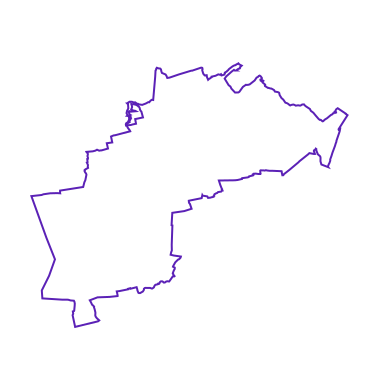 Dobroteasa, Olt, Romania, rotated 356°
{"feature_id": "2599482B45493772728247", "entity_name": "Dobroteasa", "entity_type": "district", "adm_level": 2, "iso_a3": "ROU", "parent_name": "Romania", "parent_adm1": "Olt", "projection": "mercator", "projection_center": [24.342, 44.767], "detail": "fine", "context": "isolated", "style": "outline", "palette": "violet", "viewbox_px": 384, "rotation_deg": 356, "n_neighbors": 0, "source": "geoboundaries", "source_scale": "gbopen_adm2", "svg_char_len": 5928}
<svg xmlns="http://www.w3.org/2000/svg" viewBox="0 0 384 384"><g transform="rotate(356 192 192)"><path d="M35.3,287.7L55.4,290.4L60.1,290.7L61.2,290.9L63.3,291.7L66.6,292.2L67.1,293.4L67.2,294.5L67.3,295.0L67.0,297.4L66.2,302.2L66.0,302.5L64.8,302.8L65.0,305.2L64.3,306.5L66.0,318.4L88.4,314.6L89.4,314.4L90.5,313.6L88.3,311.3L87.2,309.6L86.9,308.3L87.2,306.0L87.2,305.3L86.7,302.2L86.1,299.8L86.3,299.5L85.6,298.5L84.5,297.5L83.4,294.7L82.6,293.1L82.5,292.9L90.4,290.5L102.4,290.9L110.5,290.6L110.6,289.9L110.0,285.9L112.5,285.8L121.6,284.6L121.5,284.1L124.5,283.5L123.9,283.9L124.0,284.2L130.1,283.1L130.6,285.2L130.7,286.4L131.5,288.8L132.0,289.1L133.2,289.2L136.1,287.8L137.2,286.2L137.3,285.2L138.2,284.5L138.8,284.4L143.6,284.8L145.1,285.5L145.7,285.5L147.3,284.5L148.0,283.1L148.9,282.1L149.4,281.9L150.6,281.9L151.8,281.0L152.3,281.5L152.6,281.4L153.0,281.1L153.8,279.6L154.6,279.0L155.9,279.0L156.8,279.5L157.4,280.3L158.0,280.4L158.6,280.4L159.8,279.6L161.1,279.3L162.9,279.7L163.4,279.2L166.8,275.0L167.1,274.8L168.3,275.0L168.7,274.7L167.7,273.3L167.6,272.5L167.2,272.2L167.1,271.8L168.5,268.8L169.4,267.5L169.5,266.2L167.8,265.2L168.0,264.7L170.4,261.0L173.3,258.5L174.3,258.2L175.2,257.5L176.0,256.7L176.4,255.6L169.4,254.1L166.3,253.1L167.1,250.4L167.8,249.0L168.1,243.1L170.1,224.0L169.3,223.7L170.9,211.4L183.0,210.5L190.4,208.7L189.1,203.7L188.5,203.0L188.2,201.9L188.2,200.5L201.2,198.8L202.1,195.8L202.4,196.4L206.8,197.4L207.0,197.5L207.6,199.0L210.1,198.9L211.1,198.6L212.2,198.5L213.3,198.2L213.3,197.6L213.9,197.4L213.8,196.8L214.3,195.8L216.0,195.0L217.1,194.7L218.0,193.9L221.2,193.6L221.9,192.8L222.5,192.7L221.9,191.5L222.2,191.2L221.9,190.7L220.7,186.9L219.6,182.4L235.6,183.3L238.3,183.2L242.7,182.5L242.7,181.9L242.9,181.7L248.6,181.3L249.7,181.0L250.0,180.4L254.1,179.7L254.3,179.5L253.9,179.2L253.8,178.7L254.3,178.4L254.6,178.5L254.8,178.1L256.8,178.1L259.6,178.7L261.5,178.8L261.7,178.4L261.5,177.2L261.6,175.4L261.9,175.2L264.7,175.4L266.1,175.7L267.2,175.4L268.5,175.8L271.1,176.3L273.2,176.4L282.8,177.5L283.0,178.5L282.9,179.0L283.3,181.6L284.3,181.6L284.7,180.8L290.6,176.8L300.4,169.7L301.2,168.9L310.5,162.5L311.8,161.4L316.4,162.6L317.3,162.6L316.4,159.6L316.6,159.0L318.2,158.0L318.5,157.4L319.0,157.8L318.9,158.6L319.1,159.9L320.2,163.2L322.2,165.2L322.5,165.9L322.6,166.9L322.3,170.3L323.0,173.6L329.6,176.7L329.3,176.2L329.4,175.9L330.4,173.8L331.1,172.7L332.1,170.4L332.1,169.3L332.5,168.3L333.5,166.1L334.9,162.5L337.9,155.9L338.7,153.7L339.5,152.0L339.7,150.9L343.5,141.9L344.1,139.6L342.7,140.1L342.6,139.6L352.5,126.2L350.8,124.8L350.9,124.6L343.2,118.6L341.7,119.5L340.8,120.8L340.7,121.9L341.3,122.4L341.3,122.8L340.8,123.0L339.6,122.2L339.0,123.3L338.1,123.4L337.4,124.3L335.9,124.9L331.9,127.8L329.6,129.0L327.8,130.5L327.1,130.6L325.6,129.1L325.2,128.9L324.6,129.0L323.5,128.1L320.8,124.5L318.6,121.4L316.2,119.3L315.4,117.4L311.6,114.5L310.5,113.4L309.8,112.4L308.0,112.4L306.8,113.1L305.9,113.4L303.9,112.9L301.5,113.1L300.4,112.3L299.1,111.8L297.0,112.1L296.0,112.5L295.5,112.2L294.1,110.8L292.9,110.0L291.4,109.4L289.5,106.2L287.8,104.5L286.2,101.4L285.9,99.3L285.5,98.8L284.5,98.3L281.7,97.6L281.0,96.1L279.6,95.1L278.3,94.3L277.7,94.3L275.4,93.4L275.1,93.5L272.2,91.4L272.1,91.0L272.2,90.5L272.5,90.3L272.5,90.0L270.0,87.6L269.9,87.2L271.0,86.1L270.8,85.9L270.2,86.1L269.3,85.4L268.7,86.0L268.2,85.6L268.1,84.6L269.6,84.0L269.6,83.0L268.6,81.4L267.6,80.6L266.7,80.9L265.8,81.8L264.4,82.4L262.3,85.1L257.0,88.7L255.4,89.0L253.7,89.0L253.3,88.8L250.1,90.7L246.3,95.3L245.3,95.9L241.9,95.8L238.5,91.6L237.7,89.5L236.0,88.0L232.5,81.2L234.2,79.1L239.9,74.7L242.4,73.1L243.1,73.8L245.0,73.9L244.7,73.7L246.2,72.7L248.2,71.9L248.3,72.0L248.6,71.7L248.6,70.9L250.4,69.4L248.2,68.1L247.2,66.9L246.4,67.5L245.3,67.7L244.3,68.5L243.2,68.6L241.2,69.5L237.7,71.8L237.0,72.4L236.5,73.1L235.7,73.5L235.1,74.2L233.1,75.2L233.1,76.0L232.8,76.2L232.5,77.1L229.6,77.8L229.4,77.7L229.1,76.5L228.1,77.0L226.4,76.5L223.6,77.7L219.6,78.3L219.6,78.9L219.0,79.1L218.2,79.8L217.0,80.3L215.9,81.2L214.7,77.7L214.9,77.5L214.8,76.5L212.8,76.6L211.5,74.8L210.7,71.3L210.7,70.8L211.1,70.3L211.1,70.0L210.9,68.9L210.5,68.7L209.7,68.6L200.5,71.0L199.8,70.9L187.1,73.8L177.7,76.3L175.3,76.5L174.6,74.3L173.8,72.9L170.3,71.1L169.9,69.7L169.6,67.6L169.0,66.7L167.1,66.3L165.6,65.6L164.9,66.5L164.8,67.4L164.1,68.3L163.3,74.6L159.7,97.5L158.4,97.2L157.0,98.0L155.6,99.5L154.7,99.3L152.1,100.5L148.4,101.6L145.3,100.9L144.2,100.2L143.4,100.2L141.6,98.6L140.1,98.6L138.4,97.8L136.0,97.6L134.3,98.5L134.2,98.6L134.3,98.9L133.4,99.0L134.3,100.1L134.3,104.0L134.0,104.7L132.9,106.4L132.2,108.7L132.3,109.1L133.1,110.8L133.0,111.1L132.5,111.5L133.9,111.8L134.1,112.1L134.4,113.2L134.4,114.7L134.1,115.8L132.9,117.8L131.1,118.9L130.7,119.8L130.8,121.1L131.1,121.1L131.5,119.5L134.7,117.9L134.5,117.1L136.3,114.2L136.0,113.9L136.1,112.9L135.5,111.2L135.6,110.9L135.9,110.8L135.2,110.3L134.5,108.2L134.7,107.3L135.2,107.0L136.3,107.6L141.7,107.5L141.1,107.1L139.1,106.6L137.1,105.5L138.2,103.1L137.9,101.1L137.6,100.3L137.6,99.9L138.6,100.3L140.1,100.4L142.4,101.2L143.9,102.2L144.4,102.9L145.0,103.2L145.6,104.3L145.9,106.2L146.4,107.4L147.1,108.2L148.3,114.2L140.4,115.3L140.9,120.0L137.3,120.5L135.6,120.9L133.4,120.9L131.6,121.4L132.4,123.4L134.3,126.3L134.6,127.1L119.3,130.0L117.7,130.1L115.1,131.0L115.9,137.0L110.4,137.4L111.2,142.8L104.6,144.2L104.2,144.1L102.3,144.3L100.2,143.2L98.5,144.0L95.9,144.5L89.5,144.6L89.7,145.1L90.7,146.1L90.7,147.6L90.2,148.8L90.6,150.6L90.5,151.7L90.3,151.9L89.8,151.9L89.9,155.1L89.8,155.3L89.2,155.4L90.1,157.8L89.8,159.5L90.0,160.7L87.2,162.0L86.8,162.7L86.6,162.5L86.4,162.6L86.3,163.2L86.3,163.8L86.9,165.2L87.6,166.1L87.9,167.4L86.4,172.8L85.3,174.8L83.8,179.4L60.5,181.4L60.3,183.4L60.4,184.1L57.4,183.7L50.5,183.4L43.7,183.9L41.7,184.5L31.5,184.9L43.6,227.6L50.6,249.6L43.6,265.6L35.3,279.7L35.3,287.7Z" fill="none" stroke="#5b21b6" stroke-width="2"/></g></svg>